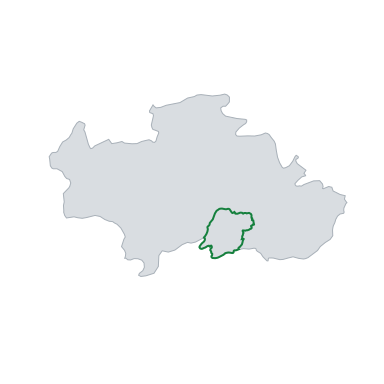 location of Južno-Banatski within Republic of Serbia, rotated 137°
{"feature_id": "SRB-1060", "entity_name": "Južno-Banatski", "entity_type": "District", "adm_level": 1, "iso_a3": "SRB", "parent_name": "Republic of Serbia", "parent_adm1": "", "projection": "robinson", "projection_center": [20.779, 44.991], "detail": "fine", "context": "in_parent", "style": "outline", "palette": "green", "viewbox_px": 384, "rotation_deg": 137, "n_neighbors": 0, "source": "natural_earth", "source_scale": "10m", "svg_char_len": 6749}
<svg xmlns="http://www.w3.org/2000/svg" viewBox="0 0 384 384"><g transform="rotate(137 192 192)"><path d="M215.0,150.6L223.6,153.0L227.6,155.3L229.6,158.2L235.1,160.2L244.1,161.2L250.3,164.2L253.9,169.3L259.6,168.1L267.4,160.5L275.2,158.5L282.8,162.1L287.0,165.1L287.8,167.5L286.0,168.4L281.7,168.0L278.2,169.4L275.5,172.8L275.2,176.4L277.1,180.1L279.8,182.8L283.3,184.2L285.2,186.2L285.5,188.7L286.4,189.4L284.4,190.5L282.3,192.3L281.1,195.3L280.8,200.1L274.0,203.9L271.5,204.6L270.3,207.1L268.6,214.1L268.8,219.5L269.8,222.2L270.2,224.4L272.5,227.1L274.5,231.3L275.9,236.8L278.9,241.0L286.5,245.2L290.2,247.6L293.1,251.1L295.2,254.3L301.5,258.6L301.1,261.6L299.7,264.6L298.3,266.0L295.2,269.8L292.2,271.9L287.2,278.6L279.3,279.0L277.5,279.5L274.5,281.3L273.0,284.7L274.5,287.4L274.4,290.1L273.0,295.4L274.9,301.1L277.7,303.7L278.2,305.2L277.7,307.8L273.6,313.2L272.4,315.2L268.2,316.2L266.7,315.7L264.6,313.8L262.6,313.3L257.6,315.4L252.5,316.8L248.5,315.8L244.6,315.6L241.9,316.5L239.8,316.9L235.8,319.2L229.3,320.9L226.3,320.6L225.2,318.4L224.0,315.2L224.6,313.8L228.8,311.3L229.3,309.0L235.2,297.6L236.4,293.9L236.4,292.7L234.8,291.9L231.6,292.0L217.0,287.3L217.7,282.1L213.4,279.2L208.8,276.7L208.0,273.8L202.9,268.1L199.2,264.9L194.4,263.3L190.3,261.0L187.8,259.5L186.7,256.9L186.7,255.3L185.5,253.8L183.5,253.9L180.1,256.0L176.0,257.9L175.3,259.2L176.8,262.4L177.9,264.4L177.4,266.3L176.1,268.7L168.1,274.1L167.2,275.9L168.7,278.9L167.8,280.3L161.1,282.3L161.3,280.7L160.9,278.0L157.1,275.2L151.7,273.0L139.8,265.6L135.2,264.6L131.1,263.7L125.2,260.2L122.2,259.5L118.9,257.0L111.7,248.4L105.5,243.7L101.3,241.3L100.1,239.0L99.9,236.6L100.0,235.8L103.2,232.4L105.7,232.0L108.9,231.8L110.9,233.6L113.7,233.9L115.2,231.7L116.1,228.6L115.7,224.6L109.2,215.3L103.5,208.8L102.9,207.4L104.1,206.1L106.1,205.5L108.2,206.0L113.8,206.5L119.1,205.9L120.9,204.3L120.9,202.2L119.0,200.2L112.8,194.9L108.0,190.2L102.3,186.6L98.1,185.1L96.9,183.3L96.4,181.3L96.9,177.7L97.2,173.2L98.2,170.3L102.0,164.9L105.7,159.1L108.0,153.6L109.2,148.5L108.8,147.0L106.9,145.9L102.9,144.8L97.3,145.8L92.6,147.6L90.8,147.8L90.2,145.5L90.9,144.5L92.4,144.6L93.6,145.0L94.9,144.0L95.7,140.9L93.8,130.2L97.4,129.3L97.4,127.7L97.8,126.4L101.4,128.2L106.5,128.3L111.0,127.9L111.7,126.8L111.7,125.3L110.7,124.1L109.2,123.2L108.0,121.7L105.0,121.1L95.5,117.2L90.9,113.2L91.1,108.8L92.5,106.5L94.1,105.6L93.7,104.8L88.3,102.8L86.5,100.1L88.1,96.5L85.4,89.2L82.5,84.8L85.4,82.8L85.8,80.1L86.0,78.5L87.2,78.6L91.8,76.7L93.5,75.2L94.5,73.5L95.6,73.0L98.7,74.9L102.0,75.1L105.6,73.9L108.4,72.2L111.7,70.9L113.2,69.9L115.1,68.4L118.9,64.0L123.3,63.1L129.1,64.2L135.4,64.6L140.1,63.6L152.0,64.9L154.5,65.9L156.2,67.0L159.3,70.8L162.3,75.7L166.4,78.0L171.4,80.6L173.9,82.6L177.7,88.4L180.7,91.3L181.6,91.2L182.6,90.4L183.3,89.8L184.1,90.4L184.2,92.1L184.3,96.1L183.6,100.3L184.7,104.2L184.7,105.5L184.0,106.6L184.1,107.6L185.1,108.7L189.2,111.3L192.9,115.4L197.2,118.2L201.2,120.0L203.8,120.2L207.9,123.4L216.1,125.8L218.7,126.6L220.5,128.0L221.8,129.5L221.9,131.2L220.7,132.0L218.9,134.3L218.2,137.0L216.9,137.7L215.6,137.8L214.6,138.6L214.8,139.8L215.9,140.9L217.6,141.9L220.9,143.0L224.1,144.5L224.1,145.7L223.5,147.0L219.4,147.5L216.3,147.7L214.9,148.3L215.0,150.6Z" fill="#d9dde1" stroke="#a8b0b8" stroke-width="1"/><path d="M196.8,118.2L199.3,119.2L199.9,119.6L200.3,120.0L200.8,120.4L201.4,120.5L201.9,120.3L202.8,119.5L203.3,119.4L204.2,119.9L206.0,122.3L206.8,123.1L208.6,124.2L209.5,124.6L211.7,124.6L217.4,126.2L218.8,126.9L220.2,127.8L221.5,129.2L222.0,129.7L222.2,130.6L222.0,131.4L221.4,131.9L220.7,131.9L220.2,132.2L219.7,132.6L219.3,133.1L219.4,133.6L219.4,134.1L219.4,134.4L219.2,134.7L218.8,135.1L218.6,135.4L218.4,136.3L218.4,136.8L218.2,137.1L217.6,137.6L217.0,137.8L215.7,137.8L215.2,138.1L214.8,138.6L214.5,139.3L214.6,139.8L215.4,140.0L216.3,140.0L216.4,140.4L216.3,140.8L216.3,141.2L217.6,141.9L220.1,142.3L221.4,142.9L223.3,143.5L224.0,144.1L224.5,145.2L224.3,146.4L223.6,147.0L221.4,147.5L219.9,147.7L216.9,147.6L215.5,148.1L214.8,148.6L214.3,149.3L214.1,150.2L215.0,150.6L212.9,150.7L210.2,151.4L207.8,152.5L206.0,153.8L205.5,154.4L205.1,155.2L204.7,155.8L204.0,156.0L202.7,155.9L201.9,156.0L201.4,156.2L200.1,157.2L198.0,157.5L195.5,157.8L189.8,160.7L186.8,161.5L185.2,161.2L183.5,161.0L182.4,160.3L181.2,159.2L179.4,156.7L178.7,156.0L177.2,155.2L176.6,154.6L176.3,153.8L176.4,153.1L176.9,149.9L176.8,149.1L176.1,148.7L174.6,148.5L174.7,147.4L174.9,147.2L175.0,147.0L175.0,146.9L175.0,146.6L174.9,146.5L174.8,146.3L174.5,146.1L174.2,145.7L173.8,145.3L173.5,145.1L173.3,145.0L173.2,144.9L172.7,144.8L172.5,144.7L171.9,144.4L171.3,144.2L171.0,144.1L170.7,143.9L170.3,143.5L170.0,143.2L169.9,143.0L169.6,142.7L169.5,142.4L169.5,141.9L169.5,141.7L169.4,141.4L169.2,141.2L168.6,141.1L168.3,141.1L168.2,141.0L167.9,140.8L167.4,140.4L167.1,140.1L166.9,139.8L166.8,139.7L166.7,139.4L166.7,139.2L166.0,138.7L165.6,138.5L164.9,138.0L164.7,137.9L164.5,137.7L164.4,137.5L164.3,137.3L164.3,137.1L164.2,136.7L163.9,136.0L163.9,135.9L163.9,135.7L164.1,135.3L164.1,135.2L164.1,134.9L164.4,134.3L164.8,133.9L165.1,133.6L165.4,133.4L165.5,133.3L166.0,132.7L166.1,132.4L166.2,132.2L166.0,131.8L165.9,131.7L166.0,131.5L166.3,131.2L166.5,131.1L166.8,131.0L166.9,130.9L167.1,130.8L167.2,130.7L167.3,130.6L167.3,130.4L167.2,130.2L167.0,129.9L166.7,129.5L166.6,129.4L166.7,129.2L166.8,129.0L167.2,128.5L167.3,128.4L167.5,128.1L167.7,127.7L167.8,127.5L168.3,126.9L168.4,126.7L168.5,126.3L168.6,126.1L168.8,126.0L168.9,125.9L169.0,125.9L169.2,126.0L169.3,126.1L169.3,126.4L169.4,126.5L169.5,126.7L169.8,126.7L170.0,126.7L170.3,126.5L170.5,126.4L170.9,126.5L171.3,126.8L171.6,126.9L171.9,126.9L172.0,126.8L172.1,126.7L172.3,126.4L172.4,125.9L172.6,125.4L172.7,125.2L172.8,125.1L173.0,125.0L173.2,124.9L173.5,124.9L173.8,124.9L173.9,125.0L174.6,125.3L174.8,125.3L175.0,125.4L175.6,125.4L175.8,125.5L176.2,125.6L176.9,125.9L177.4,126.1L177.7,126.3L178.0,126.6L178.2,126.8L179.2,127.3L179.3,127.3L179.6,127.5L179.9,128.0L180.5,128.7L180.8,129.0L181.0,129.2L181.3,129.2L181.5,129.0L181.6,128.9L181.9,128.2L182.0,127.8L182.1,127.6L182.1,127.3L182.1,127.2L182.5,126.9L182.7,126.7L182.8,126.7L183.2,126.6L183.3,126.6L183.5,126.5L183.6,126.4L183.9,126.0L184.0,125.9L184.5,125.7L185.3,125.5L185.4,125.4L185.7,125.2L185.8,125.1L185.9,124.9L186.1,124.7L186.7,124.1L186.9,124.0L187.7,123.6L187.0,123.1L186.4,122.7L186.3,122.4L186.5,122.3L186.6,122.2L187.5,122.0L187.8,121.8L188.0,121.7L188.5,121.4L189.0,121.0L189.8,120.5L190.9,119.8L191.1,119.7L191.5,119.6L191.9,119.5L192.6,119.5L192.8,119.5L193.0,119.5L193.6,119.3L193.8,119.2L194.2,119.2L194.4,119.2L194.6,119.3L195.1,119.4L196.3,119.3L196.4,119.2L196.7,118.8L196.8,118.3L196.8,118.2Z" fill="none" stroke="#15803d" stroke-width="2"/></g></svg>